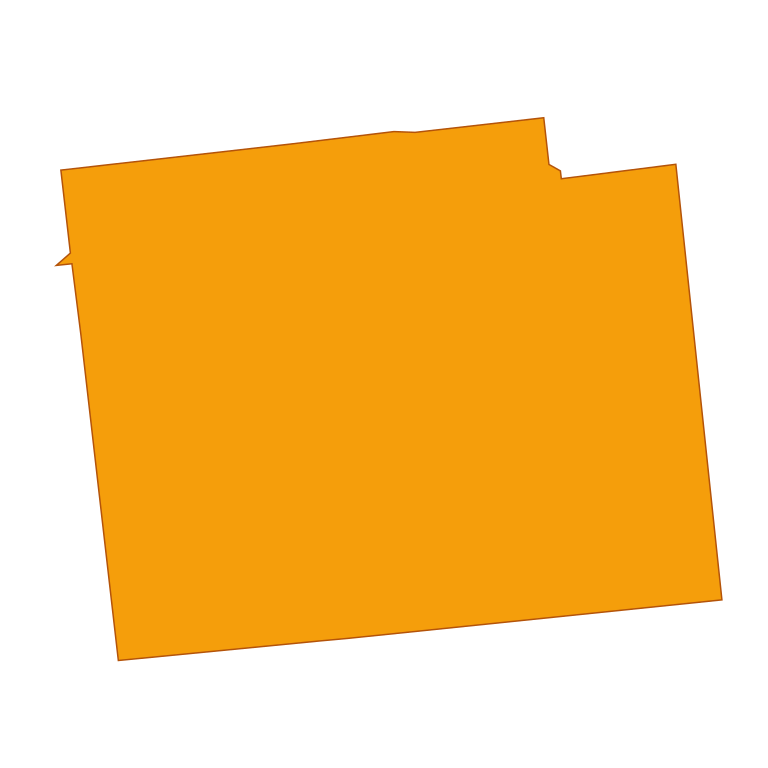 Coffee, Alabama, United States of America (Mercator projection), rotated 84°
{"feature_id": "52423323B95617372231955", "entity_name": "Coffee", "entity_type": "district", "adm_level": 2, "iso_a3": "USA", "parent_name": "United States of America", "parent_adm1": "Alabama", "projection": "mercator", "projection_center": [-86.052, 31.4], "detail": "fine", "context": "isolated", "style": "filled", "palette": "amber", "viewbox_px": 768, "rotation_deg": 84, "n_neighbors": 0, "source": "geoboundaries", "source_scale": "gbopen_adm2", "svg_char_len": 384}
<svg xmlns="http://www.w3.org/2000/svg" viewBox="0 0 768 768"><g transform="rotate(84 384 384)"><path d="M631.2,677.1L632.8,476.0L633.2,446.9L634.0,70.5L196.0,70.8L198.4,186.2L190.5,186.3L182.9,197.0L135.9,197.3L137.0,326.8L134.0,347.8L135.6,452.5L137.5,683.0L221.0,682.2L231.8,697.5L231.8,681.8L303.2,680.3L631.2,677.1Z" fill="#f59e0b" stroke="#b45309" stroke-width="1.5"/></g></svg>